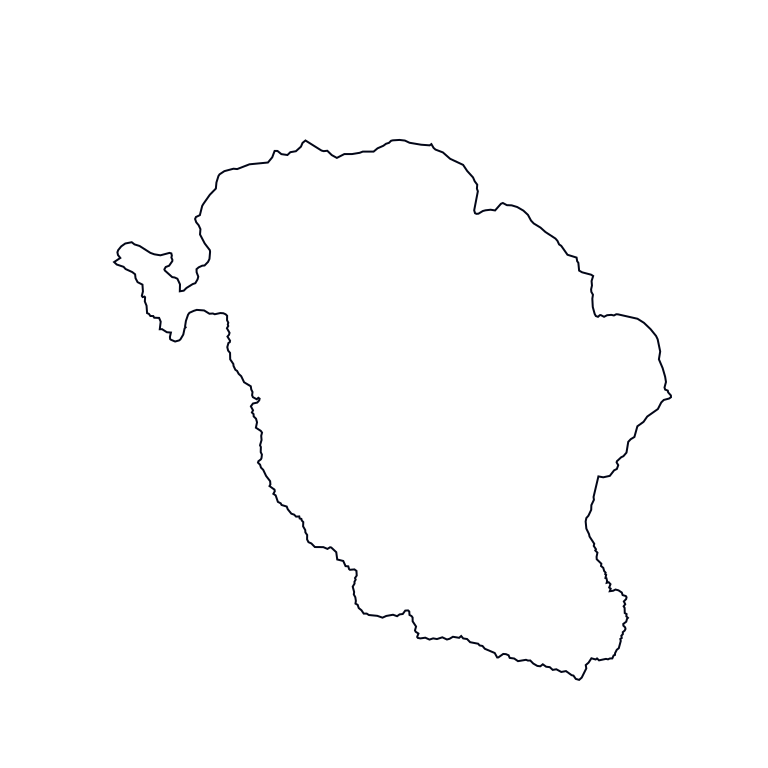 Buesaco, Nariño, Colombia (Albers equal-area conic projection), rotated 193°
{"feature_id": "7082276B67005743436838", "entity_name": "Buesaco", "entity_type": "district", "adm_level": 2, "iso_a3": "COL", "parent_name": "Colombia", "parent_adm1": "Nariño", "projection": "albers", "projection_center": [-77.119, 1.318], "detail": "fine", "context": "isolated", "style": "outline", "palette": "ink", "viewbox_px": 768, "rotation_deg": 193, "n_neighbors": 0, "source": "geoboundaries", "source_scale": "gbopen_adm2", "svg_char_len": 6139}
<svg xmlns="http://www.w3.org/2000/svg" viewBox="0 0 768 768"><g transform="rotate(193 384 384)"><path d="M226.2,148.7L215.6,146.8L212.2,143.0L211.1,143.3L207.1,147.8L204.4,148.2L201.6,147.7L199.9,145.4L195.4,145.8L191.1,144.1L183.6,147.2L181.5,146.9L179.3,147.5L175.7,145.2L171.2,143.8L168.2,144.1L166.2,146.6L162.4,145.0L158.8,145.4L155.3,143.4L151.9,144.8L146.5,143.3L142.1,145.2L135.7,142.5L133.8,142.5L130.8,139.8L127.3,139.6L125.3,142.4L122.9,152.4L124.2,155.5L122.0,158.5L120.2,163.4L115.8,163.2L114.7,164.5L112.3,163.1L105.9,166.1L103.8,166.1L102.3,167.3L99.8,168.0L99.2,171.2L98.0,172.0L98.3,173.7L97.4,177.4L95.8,179.4L95.5,186.9L96.4,188.7L95.2,190.0L96.1,192.1L95.0,194.0L95.5,195.9L94.0,197.9L93.6,199.7L94.3,201.1L96.4,202.4L96.9,204.0L94.5,206.9L94.4,209.8L93.7,211.0L95.6,212.1L95.9,214.4L97.9,215.0L99.2,220.0L100.5,221.3L99.4,223.7L101.4,226.1L99.7,228.9L99.7,230.8L100.7,231.8L104.0,232.0L105.4,234.3L109.1,235.7L112.2,235.8L114.2,234.1L117.4,232.9L117.1,235.6L118.8,236.3L118.3,239.9L120.5,241.4L122.3,240.4L122.3,242.2L123.6,244.8L124.6,244.8L124.6,248.0L125.7,248.5L125.6,250.0L127.4,251.3L129.0,254.2L131.6,255.5L131.8,257.8L137.3,261.1L138.0,263.4L138.1,267.7L140.7,269.3L140.3,270.7L143.2,273.4L143.2,275.6L149.4,281.6L150.5,283.9L154.3,288.6L156.6,295.4L156.7,298.9L155.2,301.6L153.8,308.0L154.7,312.6L153.4,318.4L154.4,321.0L154.3,342.2L149.4,342.4L143.3,345.3L140.4,351.6L138.0,353.6L137.5,357.6L139.7,359.9L139.7,361.1L136.4,366.0L134.5,367.5L132.3,371.7L133.0,382.6L131.2,385.7L128.1,388.7L127.6,399.8L122.6,405.5L120.2,411.5L111.5,421.2L109.7,428.4L107.8,431.4L102.9,434.0L101.4,435.7L101.9,437.4L105.2,439.7L106.0,441.4L108.8,441.8L109.9,443.7L109.7,449.4L111.7,454.3L116.1,462.2L121.7,469.9L122.2,477.8L127.4,489.1L129.7,492.0L136.6,497.4L144.5,502.1L151.7,504.6L171.7,504.5L173.4,504.2L175.4,502.5L178.1,502.5L182.1,501.2L184.7,499.0L188.3,499.9L189.2,499.6L190.6,497.6L192.9,497.9L194.5,499.7L197.9,506.0L200.2,514.0L200.5,518.0L202.7,520.4L203.5,522.8L203.5,526.7L204.9,531.0L204.5,536.3L206.8,537.1L216.1,537.4L219.4,538.4L221.9,545.8L223.4,547.1L224.8,550.5L234.3,551.2L242.4,558.5L244.8,559.4L247.2,562.5L249.7,564.3L260.9,568.4L266.7,571.6L274.2,574.1L277.5,576.3L281.8,581.2L287.2,584.3L294.0,586.4L299.8,586.8L304.5,585.9L308.9,587.1L310.6,585.9L314.8,578.1L319.3,577.8L324.1,576.1L326.6,574.8L330.3,571.2L332.2,570.6L333.7,570.9L335.2,573.5L335.9,592.9L337.4,595.2L338.0,599.2L341.2,601.9L343.7,605.3L350.9,610.3L356.2,615.3L370.2,618.3L378.7,622.9L386.6,624.0L388.8,625.2L391.8,628.4L393.2,626.8L401.7,625.5L413.4,624.8L418.4,625.9L423.8,625.3L430.2,623.4L431.8,622.6L433.4,620.1L436.1,618.5L438.2,616.0L443.3,612.2L446.4,608.1L456.9,605.7L459.7,603.8L467.0,600.8L474.4,599.1L480.8,593.7L486.4,595.3L491.7,598.5L495.2,597.3L497.4,597.4L515.3,603.6L517.6,600.6L518.3,596.6L522.2,591.0L527.4,588.8L529.6,585.4L535.7,584.9L540.2,587.1L543.0,586.5L543.9,579.7L546.9,573.7L564.5,567.8L575.4,560.4L579.1,559.9L587.4,555.5L591.4,551.3L592.1,549.4L592.6,542.7L591.8,536.6L596.3,529.2L600.4,519.1L601.2,516.7L601.4,507.1L604.8,504.4L605.2,502.3L603.3,499.3L600.3,497.0L597.7,493.6L596.9,488.3L590.3,480.6L583.8,475.2L583.2,473.7L582.2,466.6L582.9,463.4L585.5,459.1L587.7,458.4L590.8,456.0L592.5,453.7L591.7,450.7L589.1,446.8L589.2,444.0L590.5,439.8L592.9,438.3L598.1,433.1L600.1,429.9L603.8,428.4L605.2,435.2L609.0,440.1L612.0,440.7L614.4,440.5L623.1,445.3L623.8,446.3L623.0,448.9L620.0,450.9L617.9,456.1L618.1,457.4L619.6,459.4L619.6,461.4L620.6,463.4L622.5,463.5L630.8,459.1L637.0,458.7L641.1,459.2L653.2,463.5L658.5,463.9L661.7,465.4L667.7,462.7L671.0,459.0L673.1,454.7L673.4,452.4L672.2,449.8L669.3,447.5L674.4,442.1L671.3,440.3L664.1,439.6L661.7,437.9L654.4,436.4L651.2,434.9L649.9,431.2L647.0,427.8L641.7,426.5L639.7,419.9L639.8,415.4L638.7,414.4L637.1,415.3L636.3,414.8L635.6,410.6L633.0,406.9L630.8,399.8L628.8,399.4L626.9,397.7L624.1,398.3L622.8,396.9L618.0,397.8L615.6,394.5L614.8,386.9L612.6,387.5L607.2,385.6L603.2,386.2L603.2,381.7L602.5,379.7L601.6,379.2L597.1,378.4L593.4,380.4L592.4,381.7L590.7,387.0L590.8,393.4L590.0,394.6L590.8,395.4L591.2,400.9L590.5,407.5L589.6,409.6L585.8,412.5L583.1,414.1L575.8,415.2L569.9,413.2L566.6,414.2L564.6,413.9L559.5,416.3L556.5,416.8L554.0,416.3L552.2,415.2L551.3,410.9L549.5,408.7L549.6,406.8L548.8,405.5L549.6,403.0L546.0,399.1L546.1,397.1L547.2,395.0L543.7,391.5L543.7,390.0L544.8,389.0L545.0,384.7L543.4,381.5L541.0,379.7L539.4,373.4L535.3,369.6L534.7,367.8L532.0,364.4L530.1,363.7L527.9,361.2L524.9,359.5L520.7,354.2L513.3,351.8L512.1,348.8L510.3,346.6L510.0,343.4L508.8,341.7L504.6,340.5L503.3,342.3L501.9,341.7L501.9,340.0L503.3,337.4L507.3,335.5L508.7,332.3L505.7,328.9L506.3,326.5L504.3,325.3L503.7,323.1L500.9,321.4L499.1,318.1L499.0,312.6L493.5,310.6L491.9,309.2L492.0,305.9L490.7,301.9L491.0,296.4L489.8,294.9L488.8,289.9L487.1,287.8L486.7,284.3L487.0,282.9L489.0,280.5L489.1,279.0L486.6,277.5L485.1,274.9L482.4,273.2L478.2,267.9L473.1,263.7L472.1,260.6L472.6,258.8L466.9,256.4L466.3,254.9L467.1,252.1L464.5,251.1L460.9,245.3L457.8,244.5L456.6,243.1L451.2,242.7L449.6,240.3L445.1,236.8L442.2,236.5L439.8,235.0L436.8,235.9L435.9,234.0L434.2,234.0L433.4,232.5L431.6,231.3L430.8,227.1L427.9,224.0L427.2,221.7L424.9,219.6L424.0,215.3L422.0,212.9L418.9,212.3L414.7,209.6L406.4,211.4L402.0,210.6L399.8,212.8L398.6,212.8L392.7,209.4L390.1,202.5L383.9,202.4L380.5,197.9L377.8,198.3L376.4,195.8L375.4,195.3L371.1,196.7L368.8,195.7L367.5,191.2L368.6,188.4L367.6,187.0L368.3,184.7L367.8,182.9L368.9,179.5L366.3,174.6L366.1,172.2L364.0,169.8L362.6,166.3L362.4,163.6L360.0,162.9L358.2,160.0L355.1,158.5L352.1,155.7L349.2,156.4L346.8,155.5L338.4,156.6L332.9,156.0L329.6,158.5L323.3,161.2L319.0,160.7L317.0,163.0L314.0,164.1L312.3,168.0L309.6,168.8L308.2,168.0L307.2,164.7L305.0,164.1L303.6,162.9L302.7,159.2L298.2,154.9L298.4,150.9L297.4,149.7L294.3,148.6L294.8,145.0L293.9,144.2L291.3,144.3L286.7,146.1L282.2,145.2L278.9,147.2L275.0,147.4L270.2,150.3L265.2,149.2L262.8,150.5L260.0,153.2L253.7,153.6L252.1,155.8L249.6,153.9L245.7,154.2L242.0,151.8L233.8,152.1L232.1,150.8L229.1,150.9L226.2,148.7Z" fill="none" stroke="#020617" stroke-width="2"/></g></svg>